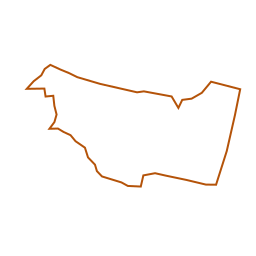 outline of Araricá, Rio Grande do Sul, Brazil, rotated 98°
{"feature_id": "56859067B79934571610065", "entity_name": "Araricá", "entity_type": "district", "adm_level": 2, "iso_a3": "BRA", "parent_name": "Brazil", "parent_adm1": "Rio Grande do Sul", "projection": "orthographic", "projection_center": [-50.935, -29.642], "detail": "fine", "context": "isolated", "style": "outline", "palette": "amber", "viewbox_px": 256, "rotation_deg": 98, "n_neighbors": 0, "source": "geoboundaries", "source_scale": "gbopen_adm2", "svg_char_len": 698}
<svg xmlns="http://www.w3.org/2000/svg" viewBox="0 0 256 256"><g transform="rotate(98 128 128)"><path d="M100.5,23.9L74.0,22.3L70.6,52.2L82.9,59.8L90.1,69.1L92.6,78.2L101.1,80.9L90.7,89.2L89.5,117.4L91.4,124.0L88.2,161.7L84.7,185.3L81.9,193.8L79.5,203.1L76.3,213.7L81.1,218.7L87.9,221.2L94.8,227.9L103.3,233.7L100.6,216.3L108.3,214.0L106.5,206.5L116.3,204.0L124.6,200.6L132.4,201.7L139.7,205.7L138.3,197.3L140.9,191.2L143.1,183.9L148.4,178.1L153.5,167.9L162.7,163.5L168.9,155.6L175.0,152.8L179.6,147.0L181.0,138.2L182.8,126.9L185.4,120.1L184.2,107.2L172.8,106.2L169.0,94.9L169.9,84.0L171.3,62.9L173.2,43.0L171.9,32.9L137.1,27.0L100.5,23.9Z" fill="none" stroke="#b45309" stroke-width="2"/></g></svg>